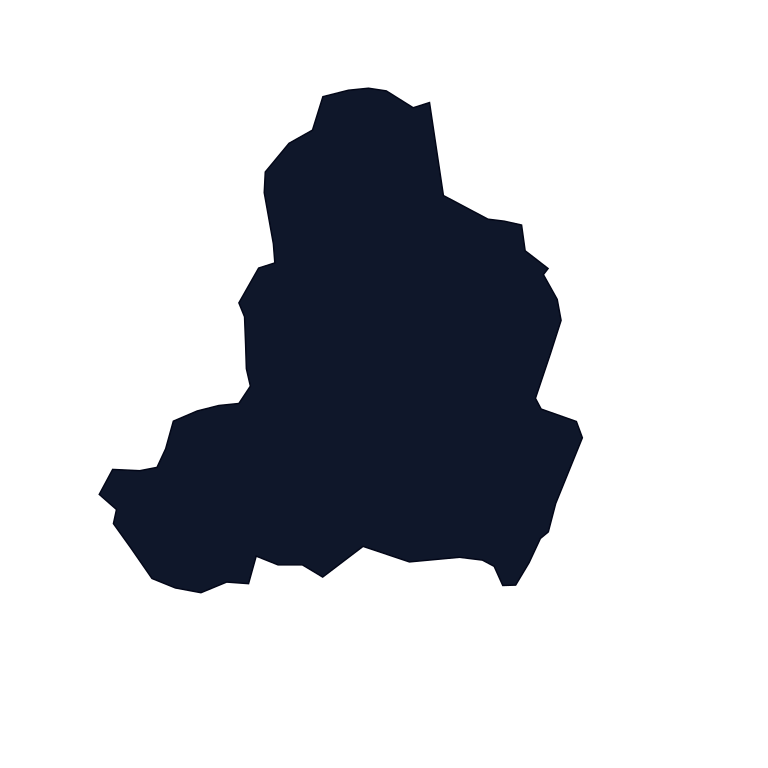 the district of Bulqizë, Dibër, Albania, rotated 115°
{"feature_id": "67620474B60153855067708", "entity_name": "Bulqizë", "entity_type": "district", "adm_level": 2, "iso_a3": "ALB", "parent_name": "Albania", "parent_adm1": "Dibër", "projection": "robinson", "projection_center": [20.355, 41.469], "detail": "fine", "context": "isolated", "style": "filled", "palette": "ink", "viewbox_px": 768, "rotation_deg": 115, "n_neighbors": 0, "source": "geoboundaries", "source_scale": "gbopen_adm2", "svg_char_len": 951}
<svg xmlns="http://www.w3.org/2000/svg" viewBox="0 0 768 768"><g transform="rotate(115 384 384)"><path d="M117.4,505.8L122.5,523.1L132.8,540.4L149.4,560.8L184.1,556.1L206.0,571.8L242.0,581.2L261.2,573.4L303.7,543.5L320.4,534.1L331.9,546.6L371.8,549.8L382.0,538.8L406.5,526.2L428.3,515.2L442.4,504.2L463.0,507.3L473.3,524.6L487.4,541.9L506.7,559.2L535.0,554.5L555.5,554.5L565.8,568.7L576.1,593.8L604.4,595.4L610.8,573.4L624.9,570.2L639.0,545.1L658.3,512.1L657.0,486.9L650.5,461.7L630.0,442.9L622.2,422.4L594.0,427.1L592.7,403.6L582.4,381.5L584.9,358.0L540.0,334.4L534.5,285.8L509.2,242.5L502.0,220.4L502.7,207.1L516.4,191.2L510.6,179.7L484.6,177.0L457.9,177.0L448.6,172.6L419.7,177.9L348.9,181.5L336.7,193.8L340.3,231.0L333.0,240.7L286.1,246.0L251.5,250.4L234.1,262.8L217.5,285.8L210.0,284.1L203.6,312.4L181.8,326.5L185.6,343.8L190.7,359.5L188.1,409.8L109.7,461.7L121.3,474.3L117.4,505.8Z" fill="#0f172a" stroke="#020617" stroke-width="1.5"/></g></svg>